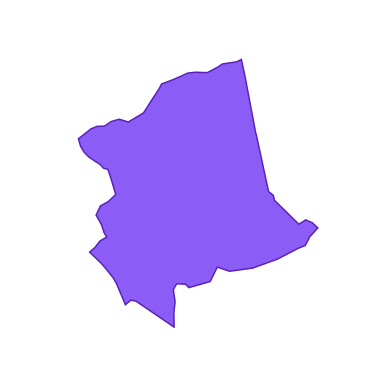 Djourf Al Ahmar, Sila, Chad (Robinson projection), rotated 229°
{"feature_id": "50815135B90510100968968", "entity_name": "Djourf Al Ahmar", "entity_type": "district", "adm_level": 2, "iso_a3": "TCD", "parent_name": "Chad", "parent_adm1": "Sila", "projection": "robinson", "projection_center": [20.609, 12.361], "detail": "fine", "context": "isolated", "style": "filled", "palette": "violet", "viewbox_px": 384, "rotation_deg": 229, "n_neighbors": 0, "source": "geoboundaries", "source_scale": "gbopen_adm2", "svg_char_len": 1250}
<svg xmlns="http://www.w3.org/2000/svg" viewBox="0 0 384 384"><g transform="rotate(229 192 192)"><path d="M101.8,89.9L113.0,99.3L120.2,107.2L130.6,113.9L132.8,120.2L132.8,120.3L126.6,126.6L121.9,126.9L112.5,147.0L118.7,161.7L118.7,161.8L107.5,168.4L94.8,187.8L85.3,212.5L79.8,235.3L77.4,242.2L77.3,242.3L80.0,249.2L80.9,251.2L81.0,251.7L82.3,263.4L90.0,262.6L96.4,259.5L96.4,259.3L96.8,256.0L96.9,255.9L97.6,251.5L100.1,251.3L117.8,249.9L131.7,248.8L136.1,251.2L139.9,250.5L142.0,250.1L148.9,253.8L193.4,278.3L194.4,278.6L243.5,307.3L259.6,316.2L261.0,311.0L268.7,298.9L269.4,293.2L272.1,281.8L280.2,273.1L284.6,266.7L286.9,258.8L288.9,252.4L290.7,247.4L293.5,240.1L291.3,234.3L287.8,221.8L283.5,207.3L286.6,189.9L294.7,184.8L298.1,177.5L299.2,169.1L303.7,163.6L305.9,157.4L306.7,141.2L299.6,137.9L292.8,136.7L285.8,137.1L272.5,140.8L268.2,140.8L266.2,142.0L264.3,143.4L254.2,139.2L240.2,132.8L239.7,122.5L239.7,122.4L241.6,113.9L237.5,104.5L233.2,103.6L226.6,102.2L218.2,98.7L215.2,98.4L214.0,98.2L215.4,90.4L213.8,82.2L213.8,75.3L198.0,76.7L190.4,76.7L179.0,76.2L172.0,74.8L168.1,73.5L164.5,72.3L150.8,67.9L150.6,67.8L150.6,68.5L150.5,74.6L150.5,74.8L146.4,78.1L101.9,89.8L101.8,89.9Z" fill="#8b5cf6" stroke="#5b21b6" stroke-width="1.5"/></g></svg>